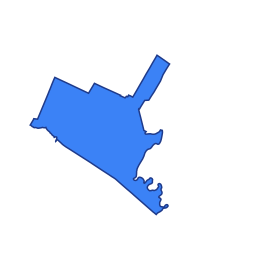 Racovita, Braila, Romania, rotated 320°
{"feature_id": "2599482B6891697866435", "entity_name": "Racovita", "entity_type": "district", "adm_level": 2, "iso_a3": "ROU", "parent_name": "Romania", "parent_adm1": "Braila", "projection": "natural_earth1", "projection_center": [27.452, 45.315], "detail": "fine", "context": "isolated", "style": "filled", "palette": "blue", "viewbox_px": 256, "rotation_deg": 320, "n_neighbors": 0, "source": "geoboundaries", "source_scale": "gbopen_adm2", "svg_char_len": 5444}
<svg xmlns="http://www.w3.org/2000/svg" viewBox="0 0 256 256"><g transform="rotate(320 128 128)"><path d="M110.1,185.6L110.5,185.7L110.8,185.7L111.7,185.4L112.2,184.8L112.5,184.4L112.7,184.1L113.0,183.9L113.6,183.5L113.9,182.5L113.8,181.7L113.5,181.1L113.0,180.6L112.2,180.5L111.5,180.8L110.6,180.7L109.8,180.5L109.1,180.4L108.3,180.5L107.6,180.7L106.3,180.9L105.6,181.0L105.1,180.9L104.9,180.5L105.0,180.1L105.3,179.7L105.8,179.5L106.2,179.1L106.4,178.7L106.6,178.0L106.7,177.3L106.8,176.5L106.7,175.8L106.5,175.2L106.3,174.6L105.8,173.8L105.3,173.2L104.8,172.9L104.4,172.8L103.9,172.8L103.3,172.9L102.9,173.2L102.4,173.3L101.6,173.5L101.0,173.4L100.5,173.3L100.0,173.0L99.5,172.4L99.3,172.0L99.2,171.5L99.2,171.0L99.5,170.5L99.7,170.3L100.9,170.5L101.6,170.7L102.2,170.6L102.7,170.6L103.2,170.4L104.3,169.4L105.9,167.7L106.5,166.9L107.6,166.1L108.5,165.3L110.0,164.5L111.6,163.8L112.8,163.3L116.0,162.2L119.3,161.1L122.2,159.7L123.6,158.8L125.1,157.9L126.1,157.6L126.8,157.3L127.6,157.2L128.5,157.1L129.3,157.1L130.0,157.3L130.5,157.5L131.1,157.8L131.6,158.0L132.2,158.1L132.8,158.0L133.7,157.9L134.4,157.7L135.2,157.5L135.9,157.3L136.6,157.3L137.6,157.2L138.6,157.4L139.4,157.8L139.9,158.5L140.1,159.1L140.3,159.4L140.5,159.7L140.8,159.9L141.4,160.1L142.1,160.1L142.8,159.8L144.2,159.3L145.2,158.7L146.9,157.5L149.0,155.8L150.6,154.4L151.0,154.1L151.4,153.7L151.7,153.4L152.0,153.0L152.2,152.7L152.3,152.5L152.5,152.3L152.7,151.9L152.1,151.6L152.1,151.0L152.0,150.6L151.8,150.4L151.4,150.4L151.0,150.5L150.4,150.9L149.7,151.0L148.7,150.9L148.3,150.8L147.8,150.8L147.2,150.6L146.6,150.5L146.1,150.4L145.6,150.3L145.1,150.1L144.8,150.0L144.4,149.8L144.0,149.5L143.7,149.3L143.3,149.0L142.9,148.6L142.5,148.2L142.2,147.8L141.8,147.3L141.5,146.9L141.2,146.6L140.7,146.3L140.4,146.0L139.8,145.6L139.4,145.3L139.1,145.1L138.5,144.8L138.2,144.5L137.8,144.2L137.7,143.9L137.5,143.7L137.5,143.4L137.6,143.2L137.8,142.9L138.0,142.7L138.5,142.5L139.1,142.5L139.6,142.4L138.6,140.1L138.7,139.9L140.5,136.2L144.1,128.8L144.5,128.0L146.0,124.8L148.2,120.4L148.8,120.2L149.1,120.8L151.8,119.8L158.5,117.6L161.8,120.0L162.0,120.0L165.9,118.7L166.2,118.6L171.9,116.9L172.0,116.8L177.6,114.8L183.3,112.8L183.4,112.7L188.7,109.9L188.8,109.8L194.5,107.8L197.8,106.7L199.7,106.1L200.2,105.9L200.3,105.9L201.0,105.7L200.6,104.3L198.0,94.4L197.1,91.3L197.0,90.9L194.1,92.0L188.2,94.1L183.7,95.8L182.6,96.2L176.8,98.2L171.0,100.4L168.2,101.4L165.4,102.4L159.7,104.5L153.6,106.7L151.5,107.4L150.4,104.7L150.2,104.5L149.6,103.2L147.9,103.9L147.1,102.7L145.9,103.0L145.6,102.9L145.1,103.0L142.8,98.3L143.3,98.1L139.7,90.6L135.3,81.5L131.0,72.2L130.4,72.4L128.5,73.1L125.9,74.0L120.1,76.0L118.3,72.1L113.7,62.1L112.2,58.8L109.8,53.6L108.2,50.2L106.8,47.2L104.5,42.2L102.8,43.0L102.7,43.1L102.0,43.4L99.7,44.6L98.2,45.4L97.0,46.0L96.8,46.2L95.8,46.7L92.7,48.4L92.2,48.6L88.7,50.5L83.7,53.1L66.9,61.8L64.4,63.1L61.8,60.3L60.9,60.8L55.0,62.9L55.3,63.4L55.4,64.2L55.6,65.5L56.0,66.3L56.3,67.4L57.0,67.9L57.6,68.3L58.8,70.2L59.3,70.6L59.9,71.0L61.8,72.1L62.8,72.5L63.3,73.2L64.2,74.2L65.5,74.8L65.1,75.7L65.0,77.3L65.0,78.1L65.3,79.9L65.4,80.2L65.4,81.0L65.2,81.8L65.4,82.3L65.5,83.4L65.4,84.8L66.0,87.3L65.9,87.5L65.6,87.6L65.4,87.8L65.5,87.9L66.2,87.9L66.8,88.2L67.5,89.1L67.4,89.4L67.0,90.0L66.6,90.3L66.2,90.6L65.5,90.9L65.0,91.2L64.2,91.5L64.0,91.8L64.4,91.8L64.8,91.7L65.4,91.5L65.8,91.4L66.2,91.3L66.3,91.5L66.4,91.9L66.5,92.2L66.5,92.3L66.7,93.5L67.2,97.3L67.2,97.9L67.3,98.5L67.6,99.9L68.2,102.2L68.3,102.6L69.9,107.5L71.4,112.3L77.3,131.1L77.7,132.6L80.9,143.4L83.2,150.9L84.6,155.7L84.7,155.8L85.6,158.9L85.9,160.8L86.4,164.3L87.8,173.3L88.1,175.3L88.2,175.6L89.1,181.1L89.4,183.4L90.4,189.9L93.3,208.8L93.5,209.5L94.0,212.4L95.9,212.1L98.4,212.6L98.5,212.6L98.8,212.6L99.0,212.6L99.2,212.8L100.2,212.8L101.2,212.8L101.4,212.8L101.5,212.7L102.3,212.3L102.8,212.3L103.3,212.3L103.6,212.4L104.0,212.5L104.6,212.9L105.0,213.2L105.8,213.6L106.6,213.8L107.3,213.8L108.1,213.7L108.6,213.4L108.9,212.8L108.8,212.0L108.3,211.5L107.8,211.3L107.2,211.2L106.6,211.2L105.9,211.5L105.2,211.6L104.7,211.5L104.1,211.2L103.5,210.3L103.2,209.9L102.7,209.4L102.6,209.1L102.5,208.7L102.5,208.3L102.6,208.0L102.8,207.5L103.0,207.1L103.3,206.7L103.8,206.1L104.1,205.8L104.2,205.6L104.5,205.4L104.7,205.2L105.0,205.1L105.6,204.8L106.0,204.7L106.5,204.4L106.8,204.3L107.1,204.1L107.4,203.8L107.4,203.6L107.6,203.3L107.6,203.1L107.6,202.9L107.5,202.6L107.4,202.2L107.4,201.9L107.2,201.5L107.1,201.3L107.1,201.0L107.1,200.8L107.2,200.6L107.5,200.5L107.9,200.4L108.1,200.3L108.5,200.3L109.1,200.4L109.5,200.4L109.8,200.4L110.2,200.4L110.5,200.4L111.0,200.4L111.5,200.2L112.0,199.9L112.2,199.7L112.6,199.3L112.8,198.9L113.0,198.4L113.1,197.7L113.2,197.4L113.3,197.0L113.6,196.7L114.0,196.1L114.4,195.8L114.7,195.6L115.2,195.6L115.5,195.4L115.9,194.8L116.2,194.3L116.4,193.9L116.7,193.0L116.8,192.8L116.8,192.5L116.9,192.1L116.8,191.7L116.6,191.2L116.3,190.7L115.8,190.5L115.3,190.4L114.8,190.5L114.4,191.0L114.2,191.5L114.1,191.9L113.9,192.5L113.4,192.8L112.6,193.0L112.0,193.1L111.2,193.4L110.3,193.5L109.8,193.4L109.1,193.2L108.4,193.0L107.7,192.6L107.5,192.4L107.4,192.1L107.2,191.8L106.9,191.6L106.8,191.4L106.3,191.1L105.8,191.0L105.0,190.5L104.5,190.2L104.2,189.8L104.0,189.1L103.9,188.0L103.9,187.6L104.1,186.7L104.4,186.1L104.8,185.7L105.3,185.3L106.0,185.1L106.8,184.9L107.9,184.9L108.9,185.2L109.5,185.4L110.1,185.6Z" fill="#3b82f6" stroke="#1e3a8a" stroke-width="1.5"/></g></svg>